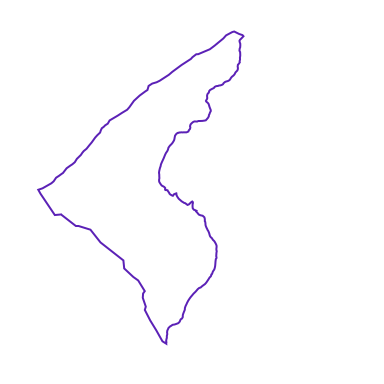 outline of Varisu, Shefa, Vanuatu, rotated 57°
{"feature_id": "77236927B71259350499613", "entity_name": "Varisu", "entity_type": "district", "adm_level": 2, "iso_a3": "VUT", "parent_name": "Vanuatu", "parent_adm1": "Shefa", "projection": "orthographic", "projection_center": [168.263, -16.675], "detail": "fine", "context": "isolated", "style": "outline", "palette": "violet", "viewbox_px": 384, "rotation_deg": 57, "n_neighbors": 0, "source": "geoboundaries", "source_scale": "gbopen_adm2", "svg_char_len": 4958}
<svg xmlns="http://www.w3.org/2000/svg" viewBox="0 0 384 384"><g transform="rotate(57 192 192)"><path d="M305.2,296.2L304.3,295.7L304.0,295.2L303.5,295.1L303.3,295.0L303.2,295.0L302.7,294.7L302.2,294.2L301.3,293.4L300.7,292.6L299.9,292.1L298.9,291.4L297.8,290.2L296.7,289.6L296.2,289.4L295.5,288.8L294.8,288.2L294.0,286.9L293.2,285.7L292.8,283.5L292.8,283.4L292.9,282.2L292.8,280.7L293.1,280.0L293.7,278.6L294.1,276.9L294.5,275.2L294.3,273.6L293.7,272.4L292.9,271.3L292.6,270.7L292.7,269.6L292.4,268.8L291.8,267.8L291.1,267.4L290.1,266.6L289.2,265.5L288.1,264.0L287.1,262.5L286.4,261.8L285.5,261.2L284.6,260.1L283.9,259.1L283.1,257.7L282.4,256.7L281.1,254.4L280.3,252.6L279.8,251.4L279.3,250.0L278.8,248.3L278.1,246.1L277.6,243.5L277.1,241.7L276.6,240.1L276.4,238.2L276.8,236.8L276.6,235.4L276.5,234.9L276.4,233.4L276.3,231.3L276.0,230.2L275.7,229.2L275.1,227.8L274.2,225.7L273.3,223.8L273.0,222.2L272.4,221.3L271.7,220.7L271.7,220.0L271.2,219.2L270.5,218.4L269.9,217.4L269.1,215.5L268.1,214.3L266.8,213.0L265.8,212.2L264.0,210.8L263.8,210.7L262.2,209.4L261.2,208.5L260.7,207.4L259.9,206.9L259.1,206.7L257.9,205.8L256.4,204.7L255.1,203.5L253.9,203.1L252.8,202.4L251.6,201.4L250.7,200.8L250.0,200.5L249.8,200.5L248.9,200.3L247.9,200.2L246.8,200.1L245.2,200.1L243.6,200.5L242.8,200.5L241.3,200.5L240.2,200.9L238.7,200.9L237.6,200.6L236.1,200.1L234.8,199.8L233.4,199.6L232.8,199.6L232.0,199.6L231.2,199.4L230.7,199.4L228.7,199.1L227.5,198.8L226.8,198.5L225.6,197.8L224.3,197.2L223.3,197.1L223.0,196.8L222.2,196.3L221.0,195.7L219.8,195.4L218.8,195.7L217.7,196.0L216.2,197.5L215.1,198.3L214.8,198.5L213.7,198.7L212.5,198.8L211.3,199.0L210.8,199.0L210.6,199.1L210.2,198.4L210.0,198.5L209.6,199.1L208.8,199.3L208.1,200.0L207.3,200.2L205.9,200.2L204.8,199.6L204.1,199.2L202.8,198.3L201.7,197.2L201.0,196.8L200.1,197.0L200.1,198.0L200.4,199.8L200.7,201.2L200.5,202.4L200.4,202.8L199.6,203.1L198.8,203.4L197.8,203.7L196.9,204.5L195.8,205.0L194.1,205.8L192.5,206.2L192.3,206.3L190.5,206.8L188.6,206.9L187.0,206.8L186.3,206.7L186.1,206.7L185.4,206.2L184.6,205.9L184.5,206.2L184.3,207.1L184.1,208.5L184.8,209.9L184.7,210.1L184.5,210.4L183.3,211.0L182.4,211.5L181.0,211.8L180.8,211.7L179.8,211.6L178.6,211.7L177.8,211.7L177.2,211.6L176.6,212.3L176.2,212.5L175.9,213.2L175.4,213.3L174.7,212.8L174.0,212.3L172.7,212.5L171.5,213.1L170.3,213.8L169.0,214.0L168.3,214.0L167.0,214.0L166.5,214.0L165.5,213.9L164.0,213.1L162.6,211.8L161.0,210.9L159.6,210.0L157.9,209.2L156.5,208.0L156.4,207.9L154.5,205.9L153.2,204.2L152.0,203.1L150.7,201.2L150.0,200.1L149.5,199.3L148.1,197.1L146.2,194.4L145.1,192.6L144.3,190.6L143.4,189.1L142.0,187.6L141.1,185.3L140.7,183.3L140.3,181.9L139.5,180.1L138.8,178.8L138.0,177.9L136.9,176.9L135.5,175.5L134.8,173.7L134.6,172.0L134.9,171.1L135.1,171.0L135.2,170.2L135.6,169.6L136.1,168.5L136.7,167.7L137.5,166.4L138.4,165.0L139.0,164.0L139.3,162.1L138.6,161.2L138.4,160.5L138.3,160.4L138.0,159.3L136.9,158.2L135.7,157.8L135.5,157.5L134.6,156.5L134.2,155.2L133.9,153.2L134.1,151.6L134.8,150.6L135.7,149.3L135.9,148.1L136.5,147.1L137.9,144.8L138.8,142.9L139.4,141.4L139.0,139.9L138.5,138.2L137.7,136.7L136.7,135.9L136.1,134.8L135.2,133.7L134.6,132.6L134.3,132.1L133.3,131.6L131.7,131.3L129.9,130.9L128.7,130.5L127.0,130.1L126.0,130.2L123.9,130.8L123.2,130.7L122.6,129.7L122.2,128.8L121.5,128.0L120.6,127.6L119.3,126.8L118.4,125.8L118.0,124.9L117.9,124.0L117.4,123.3L116.7,122.6L116.3,121.2L116.4,119.7L116.5,118.6L116.7,117.1L116.2,115.7L116.4,114.1L116.7,113.4L117.2,112.5L117.4,111.4L118.0,110.2L118.4,108.8L118.5,107.4L117.9,106.1L117.7,104.3L117.9,103.3L118.5,101.4L118.6,99.8L118.3,98.7L117.7,97.6L117.1,95.9L116.9,93.8L116.5,92.3L115.4,90.4L115.0,88.7L114.8,87.8L113.9,86.6L112.9,85.9L111.7,85.4L110.3,84.2L109.8,82.4L109.4,81.7L109.3,81.3L108.3,80.9L107.1,79.6L105.4,78.6L104.1,77.4L102.7,76.5L100.8,75.4L100.2,75.4L99.8,75.3L99.3,75.2L97.8,74.0L96.9,72.8L95.3,71.6L93.8,70.7L92.7,70.5L91.1,69.9L90.5,68.9L90.2,67.4L89.8,65.6L89.4,64.0L87.9,64.2L85.3,66.3L80.4,69.2L79.8,71.1L79.2,78.1L80.3,82.1L81.6,93.6L82.0,99.3L80.9,105.5L79.8,111.7L78.8,113.4L79.2,118.3L79.8,120.4L79.8,123.2L79.8,126.1L79.8,131.6L80.5,143.1L81.1,147.6L81.1,149.5L81.1,158.5L80.7,161.9L79.4,166.3L79.4,170.6L82.2,173.8L82.2,176.3L82.6,183.3L83.9,191.0L86.8,198.4L87.7,201.6L87.5,207.6L87.5,212.7L87.1,222.1L88.8,225.4L88.8,227.1L88.8,228.6L89.2,230.1L89.4,232.2L89.4,232.9L90.7,235.0L92.1,236.7L92.8,240.5L93.4,242.7L93.6,243.5L95.8,249.1L96.8,252.4L98.3,256.9L98.7,260.5L99.4,262.7L100.4,265.0L101.5,270.5L103.2,274.1L103.6,277.3L103.6,279.7L103.8,284.2L105.8,289.9L105.8,291.4L106.0,294.8L106.0,298.2L107.7,302.2L108.1,305.2L107.5,315.4L106.4,319.7L110.9,320.0L136.6,319.6L139.6,313.9L140.0,313.9L157.3,307.9L158.8,305.6L168.3,297.7L184.5,296.2L212.0,286.8L219.2,290.5L231.3,287.5L236.9,285.3L249.4,285.6L250.5,288.3L253.9,290.9L263.0,293.2L265.2,295.8L273.1,296.6L276.9,297.0L288.6,297.3L301.1,298.1L305.2,296.2Z" fill="none" stroke="#5b21b6" stroke-width="2"/></g></svg>